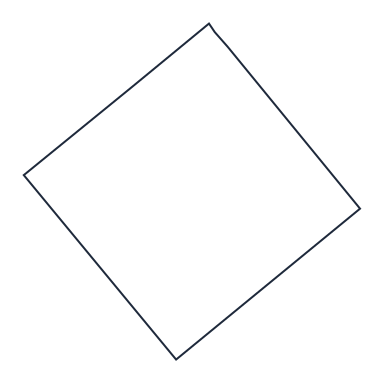 Ogemaw, Michigan, United States of America, rotated 141°
{"feature_id": "52423323B55359053905467", "entity_name": "Ogemaw", "entity_type": "district", "adm_level": 2, "iso_a3": "USA", "parent_name": "United States of America", "parent_adm1": "Michigan", "projection": "albers", "projection_center": [-84.223, 44.335], "detail": "fine", "context": "isolated", "style": "outline", "palette": "slate", "viewbox_px": 384, "rotation_deg": 141, "n_neighbors": 0, "source": "geoboundaries", "source_scale": "gbopen_adm2", "svg_char_len": 254}
<svg xmlns="http://www.w3.org/2000/svg" viewBox="0 0 384 384"><g transform="rotate(141 192 192)"><path d="M71.9,73.3L72.9,282.4L73.7,301.9L72.8,312.2L172.6,311.4L312.1,311.0L309.8,71.8L71.9,73.3Z" fill="none" stroke="#1e293b" stroke-width="2"/></g></svg>